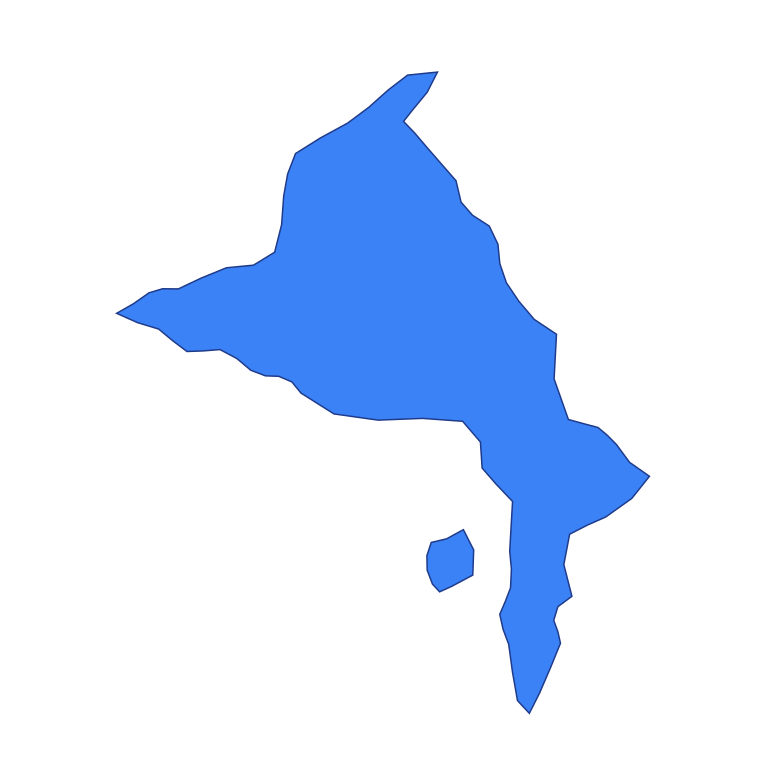 Abşeron, Mercator projection, rotated 95°
{"feature_id": "AZE-1690", "entity_name": "Abşeron", "entity_type": "District", "adm_level": 1, "iso_a3": "AZE", "parent_name": "Azerbaijan", "parent_adm1": "", "projection": "mercator", "projection_center": [49.385, 40.295], "detail": "fine", "context": "isolated", "style": "filled", "palette": "blue", "viewbox_px": 768, "rotation_deg": 95, "n_neighbors": 0, "source": "natural_earth", "source_scale": "10m", "svg_char_len": 1343}
<svg xmlns="http://www.w3.org/2000/svg" viewBox="0 0 768 768"><g transform="rotate(95 384 384)"><path d="M205.4,500.3L183.2,498.3L162.1,492.2L144.4,468.8L127.2,442.9L109.7,423.3L90.7,405.4L74.2,387.4L68.6,357.9L89.6,366.4L109.1,379.8L120.7,387.4L131.5,375.1L144.9,361.5L158.1,347.8L175.2,330.0L196.1,323.1L208.2,310.5L217.5,292.9L234.8,282.7L254.0,279.1L272.5,270.9L289.8,256.9L306.6,239.9L319.4,216.5L364.1,215.0L403.3,197.2L406.0,182.3L408.7,167.0L415.7,157.0L423.9,147.3L440.7,132.5L452.8,111.5L476.4,127.2L497.2,151.6L507.0,169.4L517.5,186.0L548.3,189.1L579.1,178.3L590.7,191.4L604.7,194.3L615.6,189.2L626.9,185.6L652.4,193.5L678.1,202.0L699.4,210.5L687.8,223.4L660.2,230.8L632.4,237.1L618.0,244.0L603.4,248.6L590.0,244.2L576.1,240.2L557.6,240.9L539.5,244.2L489.8,245.7L474.0,263.6L459.2,278.9L433.4,282.9L414.3,302.4L414.9,342.7L420.5,386.7L418.2,431.2L400.3,465.9L390.0,475.9L385.5,489.5L386.2,502.8L382.0,517.8L371.4,532.9L364.0,550.4L366.8,567.0L368.8,583.1L359.3,598.3L348.9,613.3L344.4,634.8L336.9,656.5L325.8,640.5L313.6,626.0L308.4,612.8L307.2,597.2L294.0,574.6L281.9,551.0L277.0,524.4L262.2,504.4L234.3,499.9L205.4,500.3ZM551.2,326.3L537.7,323.1L532.8,308.2L523.8,294.7L522.2,292.2L541.5,280.2L566.6,278.9L579.6,298.8L586.2,310.5L579.1,318.3L565.6,324.8L551.2,326.3Z" fill="#3b82f6" stroke="#1e3a8a" stroke-width="1.5"/></g></svg>